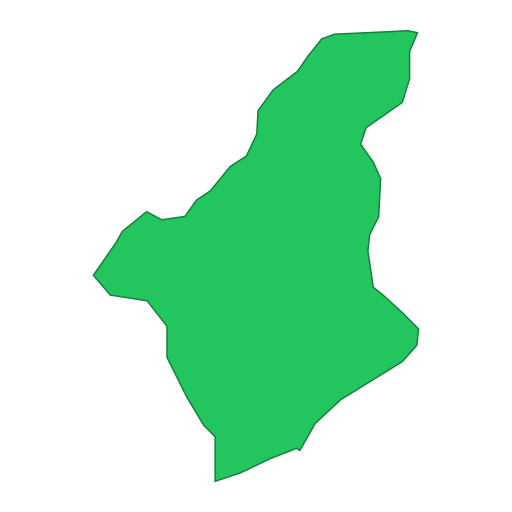 Bollebygd, Västra Götaland, Sweden
{"feature_id": "70781695B31966174790968", "entity_name": "Bollebygd", "entity_type": "district", "adm_level": 2, "iso_a3": "SWE", "parent_name": "Sweden", "parent_adm1": "Västra Götaland", "projection": "mercator", "projection_center": [12.663, 57.758], "detail": "fine", "context": "isolated", "style": "filled", "palette": "green", "viewbox_px": 512, "rotation_deg": 0, "n_neighbors": 0, "source": "geoboundaries", "source_scale": "gbopen_adm2", "svg_char_len": 756}
<svg xmlns="http://www.w3.org/2000/svg" viewBox="0 0 512 512"><path d="M299.9,450.4L315.3,423.3L340.7,399.7L402.3,361.6L416.8,345.3L418.6,329.0L402.3,312.7L382.4,294.5L373.3,287.3L367.9,251.0L369.7,234.7L378.7,216.6L380.6,178.5L373.3,162.2L360.6,144.1L366.1,127.7L402.3,102.4L409.6,78.8L409.6,51.6L417.5,32.7L407.7,30.7L384.5,31.9L334.6,34.2L321.8,38.8L312.8,50.1L307.9,56.2L297.5,71.3L273.1,89.9L258.0,110.8L256.8,134.0L246.4,156.0L230.2,166.5L210.4,190.8L196.5,200.1L184.9,216.4L161.7,219.8L149.6,213.3L146.6,211.7L122.3,231.4L116.5,241.9L93.4,275.3L110.3,295.1L147.1,300.8L167.0,326.3L167.0,357.4L186.8,397.1L203.8,425.4L215.1,436.7L215.1,481.3L240.6,472.8L269.6,458.9L296.3,448.4L299.9,450.4Z" fill="#22c55e" stroke="#15803d" stroke-width="1.5"/></svg>